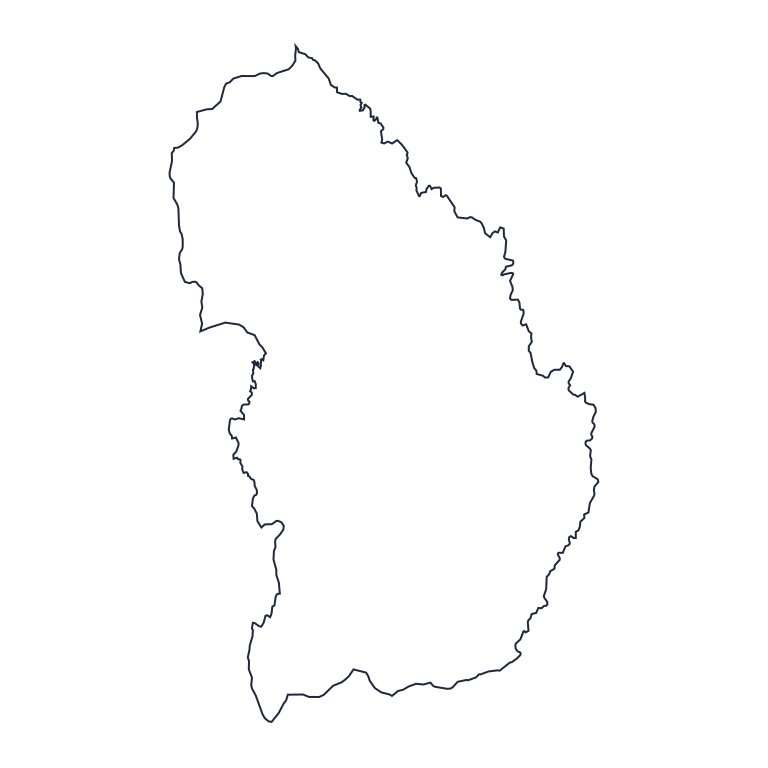 outline of Bucarasica, Norte de Santander, Colombia
{"feature_id": "7082276B82300032376123", "entity_name": "Bucarasica", "entity_type": "district", "adm_level": 2, "iso_a3": "COL", "parent_name": "Colombia", "parent_adm1": "Norte de Santander", "projection": "equal_earth", "projection_center": [-72.918, 8.084], "detail": "fine", "context": "isolated", "style": "outline", "palette": "slate", "viewbox_px": 768, "rotation_deg": 0, "n_neighbors": 0, "source": "geoboundaries", "source_scale": "gbopen_adm2", "svg_char_len": 6089}
<svg xmlns="http://www.w3.org/2000/svg" viewBox="0 0 768 768"><path d="M200.4,331.4L209.4,327.6L225.3,322.6L239.1,324.6L243.6,327.3L247.3,332.5L254.6,335.1L259.5,344.5L262.4,347.4L265.9,353.3L264.0,355.5L263.3,360.1L261.8,359.1L260.8,359.6L261.3,361.1L260.7,363.3L261.0,365.2L260.3,368.2L258.3,366.5L258.4,363.1L257.6,362.1L256.9,362.8L256.6,366.0L254.6,361.1L252.5,362.3L253.9,363.5L254.0,365.9L253.7,368.8L253.0,369.6L253.3,373.5L252.0,375.7L252.1,378.1L252.9,381.4L254.7,381.2L255.8,384.2L255.7,388.1L253.8,388.3L251.2,386.3L250.9,389.6L250.1,391.3L251.7,392.4L251.9,394.8L247.9,398.9L248.1,400.5L249.4,401.6L249.2,403.7L248.2,404.4L243.5,404.6L241.8,406.1L241.5,408.6L240.5,410.8L244.0,414.9L244.1,419.4L238.7,418.2L234.9,419.5L232.2,418.4L230.7,418.8L230.0,420.1L228.7,429.7L229.8,433.4L231.8,436.0L232.1,438.5L235.9,437.5L238.6,443.2L238.4,445.8L236.2,451.7L233.3,454.8L233.6,458.8L237.1,457.7L238.0,459.2L240.0,459.4L240.5,460.2L240.3,462.7L242.4,466.5L242.2,469.3L243.6,472.9L246.6,472.2L248.0,473.9L248.0,475.8L249.2,476.3L251.3,479.1L253.6,479.8L254.4,481.6L254.7,485.9L256.8,490.1L257.0,493.3L256.1,494.9L254.5,495.5L253.0,498.2L251.9,506.0L254.3,508.7L256.8,513.5L257.4,521.0L261.4,527.5L264.8,524.4L271.8,524.2L276.1,521.1L277.9,520.8L281.5,522.4L283.8,525.9L283.3,529.7L280.2,534.2L275.6,539.0L275.1,541.7L275.5,547.0L273.9,551.3L273.5,559.5L276.4,570.1L276.3,574.9L278.9,582.8L279.8,593.7L277.4,593.9L275.8,596.2L274.4,605.5L272.4,606.5L271.5,613.7L270.1,617.2L267.3,615.3L265.5,615.8L263.7,622.6L261.2,626.7L259.1,626.2L254.6,623.0L252.9,622.8L251.9,628.3L252.9,630.2L252.5,636.4L249.7,645.8L249.6,649.1L247.8,657.5L249.0,661.0L248.8,669.3L252.0,677.7L251.2,685.2L252.0,688.5L255.8,695.6L262.7,714.7L265.0,718.4L268.7,721.4L271.6,721.9L278.8,712.9L283.6,703.7L286.2,700.2L287.8,694.7L303.0,694.5L308.9,696.9L319.2,697.0L323.8,694.8L333.0,685.8L341.8,682.2L345.1,679.7L348.9,676.2L353.5,669.4L366.1,672.6L368.4,676.5L369.7,680.7L374.8,688.0L381.3,692.4L389.4,694.4L392.0,695.9L398.0,691.0L403.2,689.7L408.6,686.5L416.0,683.8L423.5,684.5L430.4,682.6L433.1,685.8L435.1,686.8L447.3,688.8L450.4,688.6L452.5,687.4L457.7,681.8L466.7,679.9L468.0,680.3L476.0,677.4L479.0,674.3L480.5,674.4L488.4,671.5L497.8,670.3L499.6,670.7L509.9,662.5L511.6,662.3L516.9,658.5L520.2,655.2L520.7,653.6L520.1,652.4L517.4,651.2L515.7,648.6L515.3,645.9L515.7,643.7L520.4,639.3L523.5,631.3L524.4,631.1L525.7,632.4L528.5,630.8L527.8,622.2L528.5,620.0L530.3,618.5L531.7,614.0L536.1,613.0L538.4,607.9L541.5,608.2L544.1,605.9L546.1,605.8L547.3,604.7L547.2,601.7L544.5,598.2L543.8,596.1L546.2,589.0L546.7,576.9L549.2,574.2L550.3,571.1L554.4,568.8L554.8,565.2L559.6,560.0L559.8,558.3L557.7,554.3L558.4,552.8L562.8,552.8L565.5,546.3L568.4,545.3L569.4,544.2L569.8,543.3L568.8,539.1L569.3,537.1L570.9,536.1L573.8,538.1L575.8,538.0L575.8,531.8L578.5,530.3L579.8,526.9L580.4,521.7L584.4,518.0L584.1,514.6L588.4,512.5L589.9,503.0L594.2,495.5L594.4,493.0L593.8,490.0L594.5,486.5L598.4,481.9L597.7,479.3L592.8,476.3L591.4,474.2L590.7,467.9L591.4,459.6L590.1,456.1L590.8,450.2L590.0,448.7L586.0,445.2L585.5,443.9L585.6,441.9L586.6,440.7L590.0,440.4L592.1,438.5L592.4,436.6L591.3,434.9L591.3,433.2L594.5,426.9L594.6,425.5L594.3,424.3L592.5,422.5L592.3,420.9L593.4,416.7L595.8,411.9L595.5,408.1L593.5,404.7L589.3,404.2L585.6,402.5L585.0,401.1L585.2,398.1L584.4,392.9L577.7,396.7L575.0,394.8L573.3,394.6L568.8,390.4L568.4,388.2L570.1,385.2L568.7,383.4L568.6,381.6L570.8,378.2L573.1,371.8L569.4,366.3L565.9,366.1L564.1,363.1L563.4,363.3L562.0,367.0L559.9,369.7L554.3,369.8L550.7,371.9L548.2,377.4L545.1,377.6L542.9,375.7L536.7,374.0L536.3,370.5L534.3,368.3L532.4,362.3L530.5,352.8L528.8,350.9L528.8,346.3L531.8,341.9L531.1,337.8L531.4,333.4L528.8,331.2L526.1,324.3L522.6,325.5L521.0,323.6L520.8,321.9L523.7,313.4L523.3,309.9L520.8,309.6L520.0,308.6L519.4,302.5L517.9,299.6L511.4,299.9L510.0,298.5L510.6,294.9L512.8,290.3L512.5,286.9L510.0,280.9L513.2,274.2L512.7,273.2L511.1,272.9L503.9,274.4L502.5,275.3L501.3,274.8L502.1,272.5L505.3,269.4L506.0,266.7L511.9,265.3L513.1,263.8L513.4,262.2L513.0,260.6L505.1,258.7L504.0,256.9L505.4,251.7L506.2,240.4L504.0,236.5L503.7,228.6L500.2,227.4L497.8,232.5L494.8,231.4L492.4,233.3L490.2,237.2L485.2,233.4L483.8,227.8L481.7,223.4L480.0,221.5L476.1,220.2L471.7,217.3L469.8,217.2L467.3,218.5L457.6,217.4L454.3,211.2L454.6,207.3L446.9,195.8L445.6,195.2L443.0,197.0L441.0,196.0L440.9,188.6L439.6,187.5L433.6,187.8L431.6,189.1L430.0,185.8L428.9,185.7L426.5,189.0L426.0,192.0L421.2,192.9L419.7,196.1L419.0,196.1L416.4,190.4L416.7,188.1L415.8,185.2L417.0,181.9L416.5,179.2L416.1,178.2L414.7,177.9L411.5,173.3L409.4,167.0L406.2,162.6L407.8,158.3L406.7,154.9L407.3,154.2L407.5,152.4L402.0,144.8L397.2,140.1L392.0,143.5L387.9,141.6L384.1,143.4L381.4,142.6L382.2,139.6L380.9,131.3L383.3,129.1L383.4,127.6L380.6,123.4L378.4,122.9L377.4,117.6L376.7,117.5L376.4,118.8L374.3,120.9L373.4,120.2L373.6,116.5L370.7,116.8L370.7,111.0L370.1,108.5L365.3,104.6L364.5,105.0L364.6,107.4L362.9,110.4L359.8,110.8L359.7,109.9L361.4,107.6L360.5,105.1L361.7,102.9L360.5,102.2L360.3,99.6L357.3,99.6L352.2,96.0L349.7,96.1L345.9,93.8L341.9,93.9L337.1,92.3L336.9,87.5L334.8,87.5L330.9,85.0L328.7,78.5L320.3,68.4L318.2,63.5L315.2,60.5L313.1,59.9L312.2,58.3L308.1,57.3L305.3,54.2L298.8,52.1L298.0,49.0L295.7,46.1L296.0,48.2L295.2,55.3L295.4,60.7L292.5,65.4L288.8,69.2L277.1,73.0L272.8,76.1L271.0,75.9L267.6,73.5L263.5,73.1L259.8,73.6L254.7,76.1L241.6,76.0L233.3,78.6L229.6,82.4L226.1,83.6L224.3,87.1L220.5,101.5L212.2,109.0L206.8,109.3L196.9,112.0L197.0,117.6L197.8,123.5L197.5,127.3L196.2,131.3L189.9,138.9L182.1,145.3L178.0,147.6L174.2,148.0L173.7,150.7L171.8,153.0L172.0,161.2L169.6,172.4L169.7,176.1L170.6,178.7L174.0,182.7L173.5,198.0L177.3,204.5L178.4,208.5L179.0,225.3L180.0,231.4L181.6,234.0L182.7,239.3L182.7,247.0L182.1,249.4L179.8,252.9L179.1,257.6L179.1,259.8L180.4,264.4L180.8,271.3L181.2,273.8L184.9,281.9L189.8,283.2L192.3,281.9L195.2,281.7L196.5,282.3L198.7,285.3L202.2,288.2L202.8,293.8L201.4,301.6L202.3,307.6L200.0,315.0L202.1,323.6L200.4,331.4Z" fill="none" stroke="#1e293b" stroke-width="2"/></svg>